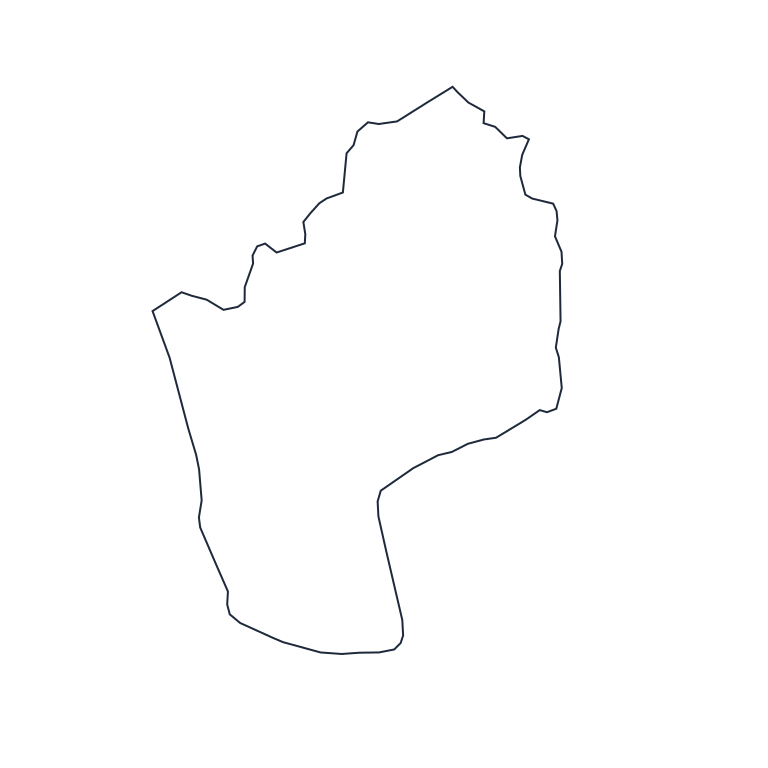 the district of Equador, Rio Grande do Norte, Brazil, rotated 327°
{"feature_id": "56859067B16316306157481", "entity_name": "Equador", "entity_type": "district", "adm_level": 2, "iso_a3": "BRA", "parent_name": "Brazil", "parent_adm1": "Rio Grande do Norte", "projection": "orthographic", "projection_center": [-36.654, -6.891], "detail": "fine", "context": "isolated", "style": "outline", "palette": "slate", "viewbox_px": 768, "rotation_deg": 327, "n_neighbors": 0, "source": "geoboundaries", "source_scale": "gbopen_adm2", "svg_char_len": 1246}
<svg xmlns="http://www.w3.org/2000/svg" viewBox="0 0 768 768"><g transform="rotate(327 384 384)"><path d="M638.8,257.7L635.3,251.4L620.9,244.9L617.3,228.9L609.6,219.5L616.6,210.0L608.1,194.0L604.6,179.3L603.4,172.1L573.2,171.4L538.0,170.9L521.2,163.1L513.1,155.8L499.2,157.8L488.6,167.1L478.3,170.1L453.8,201.0L436.8,197.1L428.2,197.2L415.5,200.6L404.6,204.2L399.6,215.5L394.2,222.9L365.5,215.2L360.8,201.5L352.6,199.5L343.7,204.7L339.8,211.7L320.0,226.9L311.8,239.2L303.4,239.7L289.8,234.4L281.2,216.7L270.9,205.4L264.2,196.8L229.6,196.8L218.5,245.2L195.7,314.4L187.8,341.3L182.4,354.9L167.7,382.3L156.1,395.1L151.7,404.2L145.2,442.1L140.1,473.0L132.4,483.5L129.2,493.2L133.2,506.1L152.7,536.6L158.7,545.5L184.7,574.7L201.5,587.4L216.9,595.9L233.6,606.4L248.0,612.2L256.9,610.3L263.1,605.3L270.8,591.9L294.5,526.3L307.2,492.0L314.7,479.0L323.2,471.7L362.8,470.5L390.7,473.2L403.8,477.9L421.7,479.8L437.5,484.9L448.7,490.1L483.6,491.2L500.4,490.7L505.3,496.4L515.0,498.6L530.9,484.2L545.2,456.8L547.9,447.1L560.5,432.9L566.2,427.6L593.0,385.0L598.9,380.3L604.9,369.8L607.8,353.3L618.6,341.2L622.9,333.0L624.1,324.9L609.3,309.2L605.7,302.2L611.6,283.8L615.9,276.4L624.7,267.1L638.8,257.7Z" fill="none" stroke="#1e293b" stroke-width="2"/></g></svg>